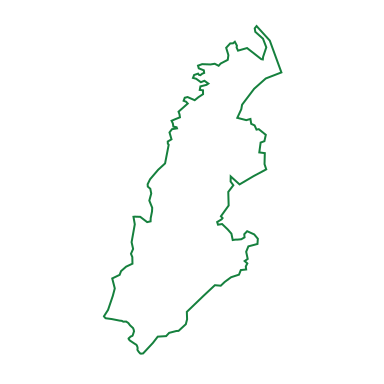 outline of Tranqueras, Rivera, Uruguay, rotated 254°
{"feature_id": "84410073B22832940663467", "entity_name": "Tranqueras", "entity_type": "district", "adm_level": 2, "iso_a3": "URY", "parent_name": "Uruguay", "parent_adm1": "Rivera", "projection": "natural_earth1", "projection_center": [-55.729, -31.199], "detail": "fine", "context": "isolated", "style": "outline", "palette": "green", "viewbox_px": 384, "rotation_deg": 254, "n_neighbors": 0, "source": "geoboundaries", "source_scale": "gbopen_adm2", "svg_char_len": 2649}
<svg xmlns="http://www.w3.org/2000/svg" viewBox="0 0 384 384"><g transform="rotate(254 192 192)"><path d="M96.8,73.1L95.4,73.6L94.4,74.3L92.0,79.8L88.3,87.0L87.5,89.0L86.3,90.2L85.6,93.0L83.6,94.7L80.9,95.7L77.5,97.8L75.9,98.0L74.6,97.9L74.1,97.9L73.7,97.6L72.2,96.6L71.0,95.8L70.4,95.3L70.2,95.1L70.0,94.0L70.0,93.2L69.9,93.0L69.3,92.0L68.9,91.0L68.8,90.8L68.6,90.6L68.2,90.6L67.3,90.9L66.6,91.2L66.3,91.4L65.8,91.8L63.2,94.0L61.8,95.2L60.6,96.3L60.4,96.4L59.9,96.6L59.6,96.7L59.2,96.7L58.2,96.8L57.6,96.8L57.1,96.7L56.6,96.6L55.8,96.2L55.6,96.1L55.3,96.1L55.1,96.1L54.9,96.1L52.9,96.8L52.4,97.0L52.2,97.2L51.2,97.6L51.0,97.8L50.7,98.3L50.6,98.7L50.5,99.3L50.3,100.5L57.7,112.8L62.4,119.2L60.6,127.4L62.9,131.2L62.7,138.7L62.2,140.8L66.6,149.6L71.0,152.2L78.2,154.0L88.8,174.0L96.1,188.3L94.0,193.8L96.6,198.8L99.3,206.1L99.6,214.4L103.5,217.4L102.6,222.7L105.6,223.2L108.1,225.5L111.1,223.6L112.3,227.1L119.6,227.6L124.2,231.2L124.0,240.6L128.9,242.4L134.1,240.1L139.1,234.2L137.0,230.6L133.9,230.0L133.0,226.4L133.7,222.6L134.3,220.4L134.6,217.9L141.1,218.4L146.2,216.0L152.9,212.1L153.4,208.0L156.2,207.9L157.6,213.0L158.5,214.2L160.7,213.1L168.9,223.5L182.1,226.9L187.1,233.6L191.4,232.0L196.3,233.5L186.2,239.8L190.3,255.6L193.3,269.6L198.8,269.4L209.3,272.7L211.5,267.6L220.6,271.6L220.9,275.6L226.6,278.7L234.0,273.5L234.2,271.2L238.8,270.5L241.2,267.7L246.1,268.3L246.1,264.0L250.8,256.0L258.0,262.2L262.1,264.2L274.1,280.2L280.8,294.2L282.3,310.9L316.1,308.5L333.7,299.8L332.0,297.4L328.5,297.0L319.8,302.5L310.6,303.3L302.3,297.6L299.9,296.6L300.6,295.2L315.2,284.6L315.2,275.2L318.6,274.7L320.3,275.5L324.6,274.6L323.6,272.4L324.3,269.7L321.2,264.6L313.5,264.7L309.2,262.8L307.6,255.0L306.0,252.4L309.0,249.2L309.5,244.9L312.1,237.0L311.8,232.6L309.0,232.6L305.7,236.9L303.1,236.5L302.9,234.5L302.0,232.2L302.7,231.0L304.1,230.5L303.9,226.3L301.4,224.4L299.7,227.2L295.1,230.8L295.5,234.6L291.7,237.6L291.0,235.5L291.2,229.2L288.0,227.6L286.7,230.6L283.0,229.6L281.4,224.4L279.5,219.9L284.5,213.9L284.6,211.0L282.0,209.1L280.4,211.2L278.2,212.3L272.9,201.2L270.1,201.4L267.1,201.0L266.6,195.9L266.1,192.0L263.2,192.5L260.0,192.1L258.5,195.0L257.3,195.1L257.9,190.1L255.5,186.8L248.3,186.8L247.2,182.6L245.1,182.1L243.8,182.6L226.9,174.0L222.7,165.6L215.8,155.2L211.7,151.5L209.4,151.0L206.6,152.8L201.8,152.4L195.5,148.6L187.8,149.4L184.3,148.2L178.3,145.1L175.2,144.1L175.4,140.6L182.4,135.4L184.1,130.1L184.3,128.9L176.7,128.1L160.4,120.1L153.5,119.7L149.4,116.3L145.9,116.7L139.5,115.0L138.4,108.1L135.5,102.0L132.3,99.6L130.9,91.5L120.6,91.2L113.9,87.2L101.8,78.8L96.8,73.1Z" fill="none" stroke="#15803d" stroke-width="2"/></g></svg>